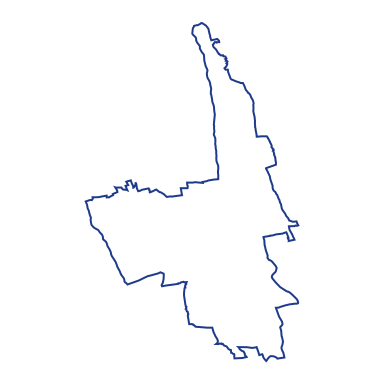 outline of Motoseni, Bacau, Romania
{"feature_id": "2599482B25662052430617", "entity_name": "Motoseni", "entity_type": "district", "adm_level": 2, "iso_a3": "ROU", "parent_name": "Romania", "parent_adm1": "Bacau", "projection": "natural_earth1", "projection_center": [27.425, 46.347], "detail": "fine", "context": "isolated", "style": "outline", "palette": "blue", "viewbox_px": 384, "rotation_deg": 0, "n_neighbors": 0, "source": "geoboundaries", "source_scale": "gbopen_adm2", "svg_char_len": 6003}
<svg xmlns="http://www.w3.org/2000/svg" viewBox="0 0 384 384"><path d="M284.4,357.5L283.4,352.9L281.9,349.8L281.5,348.2L281.6,346.8L282.4,344.8L283.0,341.6L282.0,337.0L281.6,336.2L281.2,330.9L280.2,327.4L280.4,326.8L281.3,326.0L282.2,324.9L282.5,324.1L282.5,323.5L281.9,321.4L279.1,316.7L275.9,307.8L278.7,307.6L280.0,307.0L284.9,305.5L289.4,304.4L294.7,303.7L297.4,303.6L298.0,303.2L298.2,302.6L297.6,300.6L296.8,299.2L292.5,294.9L289.8,292.5L288.2,291.7L287.7,291.7L286.2,291.0L280.3,287.2L275.9,282.7L272.3,278.3L271.8,276.8L272.2,275.4L273.3,274.0L275.2,272.2L275.7,271.5L276.7,268.0L275.6,265.8L271.7,261.2L270.4,260.4L268.9,259.9L267.5,257.9L267.6,255.3L265.8,250.2L264.9,245.9L264.6,245.2L264.3,240.0L263.6,238.2L263.5,237.0L270.0,235.9L270.0,235.7L272.8,235.4L276.0,234.4L282.6,233.6L284.5,232.8L286.3,232.3L287.1,234.1L288.5,237.8L287.8,238.1L288.9,240.5L288.8,241.0L294.5,239.7L292.1,234.4L289.5,229.7L288.9,226.3L294.6,226.1L295.2,225.6L297.0,225.8L298.3,225.4L297.2,223.4L296.5,221.4L293.0,221.8L289.2,220.5L288.9,219.6L288.5,219.1L288.4,218.4L286.4,216.2L285.8,215.2L285.3,213.9L282.4,209.8L281.8,208.5L281.0,204.3L280.0,202.5L279.4,200.0L278.6,198.7L277.2,194.9L276.3,194.1L275.5,192.2L273.7,190.6L273.0,189.3L272.6,187.8L272.6,185.8L270.4,179.5L269.8,176.2L266.9,170.1L266.1,168.9L266.0,168.4L266.1,168.1L266.5,168.0L275.9,164.7L276.0,162.4L275.6,161.0L275.6,160.3L275.4,160.0L275.5,159.7L275.4,158.5L275.1,157.9L275.3,157.3L274.1,155.0L274.3,154.1L274.0,153.7L274.0,153.2L273.3,151.2L273.7,150.3L273.5,150.1L273.1,150.2L273.4,149.4L273.0,149.3L272.9,148.8L272.6,148.7L272.4,148.1L271.5,147.3L271.7,145.7L270.8,143.6L270.1,142.5L270.0,141.6L269.4,141.0L269.2,140.2L268.4,138.8L267.9,138.4L267.9,137.7L266.8,136.3L261.8,136.3L256.7,136.7L256.5,134.3L255.6,129.8L255.5,128.2L255.0,127.0L255.2,126.1L254.9,123.6L255.0,121.0L254.5,116.2L254.2,115.5L253.3,111.2L253.5,108.3L253.3,104.7L253.6,103.6L253.5,102.5L252.9,100.3L251.3,97.6L250.3,95.0L249.1,93.4L248.1,92.9L247.7,92.0L245.8,89.8L244.2,85.5L242.9,83.0L240.4,83.0L239.7,82.5L235.0,81.0L233.3,80.1L231.7,79.6L230.7,78.8L228.2,72.2L227.8,69.7L225.6,69.7L224.5,68.2L226.2,66.6L227.3,64.0L226.4,63.2L227.1,62.4L227.5,61.5L226.6,60.6L225.8,60.7L226.1,59.6L225.3,59.0L226.4,58.4L226.3,58.1L225.3,56.5L223.3,56.2L223.0,55.8L223.0,55.3L220.5,55.3L219.3,53.9L218.8,54.0L215.9,49.3L213.6,47.1L212.9,45.3L212.8,44.9L213.1,44.4L214.0,43.6L214.1,43.0L214.9,42.1L216.3,42.1L216.4,42.5L216.6,42.6L218.9,41.9L219.2,42.0L219.2,41.4L218.9,40.6L217.2,39.0L211.3,40.3L210.1,36.6L210.1,35.6L209.3,33.0L208.4,28.7L206.0,25.6L202.3,23.2L201.3,23.0L201.1,23.4L197.8,25.2L196.7,25.2L194.0,25.9L193.7,27.1L192.9,28.1L192.3,33.2L192.4,33.8L192.7,34.4L195.7,37.4L196.1,38.4L196.2,40.6L196.5,41.2L197.1,42.5L199.8,46.0L199.9,48.7L201.8,52.1L203.8,54.5L204.1,56.7L204.3,60.6L205.2,64.2L205.6,65.9L207.1,69.2L207.5,70.5L206.8,73.7L207.1,76.1L207.6,78.0L209.4,81.1L210.2,83.7L210.1,84.0L211.0,87.8L211.2,89.6L210.9,90.6L210.8,93.4L211.3,95.2L212.2,100.1L212.2,100.9L212.7,103.0L213.4,104.6L214.0,107.0L214.2,110.4L214.8,114.5L213.8,125.1L214.2,126.1L214.0,127.8L214.4,131.6L213.8,134.3L213.9,135.0L214.4,136.0L215.4,138.8L215.3,139.8L215.4,141.4L215.2,144.0L215.6,145.9L215.7,148.3L216.3,151.3L216.2,153.7L216.5,155.5L216.3,157.7L216.5,161.3L218.2,165.7L218.3,168.7L217.9,171.9L218.3,175.6L218.2,179.2L214.4,179.5L208.7,180.4L206.5,181.2L202.5,182.0L202.8,182.9L195.0,182.2L192.9,182.6L187.1,182.6L187.3,185.1L187.8,186.1L187.5,188.2L180.8,188.2L182.0,195.2L171.7,196.6L170.7,196.4L166.7,196.9L164.0,194.3L160.8,192.3L159.5,192.1L156.2,189.5L152.6,191.3L149.9,192.4L149.6,192.0L149.8,191.3L149.7,190.5L149.2,190.0L149.4,189.5L148.6,188.4L141.9,189.8L140.0,190.8L138.2,191.2L136.9,188.3L136.3,184.2L135.9,183.1L135.6,183.1L135.5,184.6L134.3,186.8L133.8,187.5L133.3,187.7L133.0,185.5L132.5,184.9L131.7,183.1L130.8,180.4L127.2,181.4L126.3,181.7L128.2,185.1L125.5,185.9L127.4,190.3L126.1,189.8L123.0,189.5L121.7,188.1L121.4,187.5L115.9,187.6L115.3,187.4L116.9,190.0L117.3,191.2L117.4,192.1L112.8,194.0L113.1,195.1L109.4,197.0L109.2,197.3L106.7,197.4L106.6,195.6L98.2,197.2L92.5,197.3L92.8,198.7L91.9,200.1L90.0,200.0L85.7,201.5L87.1,204.9L87.7,208.5L88.7,210.4L89.7,214.6L90.9,217.7L90.6,220.1L91.3,224.1L91.7,225.1L93.7,227.4L95.5,228.6L98.2,230.0L100.0,232.6L101.9,234.5L102.8,236.4L103.1,239.3L105.8,241.6L106.5,242.6L107.6,246.3L109.5,249.3L110.5,251.5L111.0,253.2L111.0,253.9L111.7,255.8L115.6,261.9L116.7,264.7L117.4,266.9L119.7,271.1L120.7,273.7L121.5,275.2L123.8,278.2L124.3,279.8L124.5,281.5L124.9,282.1L126.4,283.2L127.5,284.5L138.8,280.5L146.1,276.9L146.8,276.7L147.5,276.2L149.8,275.7L158.2,273.4L160.4,272.3L163.5,273.6L163.8,274.0L163.6,278.9L163.1,281.5L162.9,282.5L161.6,285.2L162.1,286.3L165.5,285.6L178.1,283.9L178.3,283.3L179.8,283.3L180.9,282.4L183.6,281.8L184.2,282.3L186.6,282.1L186.3,282.8L186.3,283.8L186.2,284.1L185.7,283.9L185.7,284.4L185.0,286.2L185.4,287.5L184.8,287.6L184.6,288.0L184.1,292.1L184.0,295.2L185.3,304.0L185.8,306.4L186.4,306.7L185.8,308.6L186.3,308.6L186.4,310.0L186.8,311.3L187.7,311.7L187.9,313.1L188.3,314.0L188.3,314.3L188.0,314.3L187.8,315.7L189.2,324.1L192.0,324.1L192.9,324.3L193.6,324.8L193.5,325.1L193.8,325.3L194.3,325.4L195.5,326.7L207.4,327.7L212.3,327.7L213.5,332.0L215.5,336.3L217.2,339.0L217.9,340.9L217.8,342.0L217.0,343.3L216.1,344.0L218.4,344.1L219.9,343.5L220.4,343.7L221.4,343.5L221.6,344.1L222.8,343.9L224.0,345.5L226.1,346.2L226.9,346.8L228.3,348.8L229.7,349.8L230.9,350.0L231.1,352.7L231.8,352.8L233.1,353.9L234.1,354.1L234.4,355.0L234.2,356.6L234.5,358.4L242.4,358.0L246.6,357.0L246.1,356.3L245.5,356.0L244.8,354.7L244.8,353.5L244.0,352.4L243.7,351.5L242.1,351.0L239.7,349.2L239.0,347.7L238.4,347.1L247.0,347.2L252.0,347.9L254.2,347.7L256.6,347.1L258.3,351.8L259.3,355.1L262.2,354.2L262.9,355.5L263.4,357.5L265.1,359.8L266.2,361.0L266.8,360.3L267.6,359.0L269.0,357.3L270.1,356.4L270.8,356.1L273.6,356.3L275.6,357.1L277.2,358.2L277.4,358.6L284.4,357.5Z" fill="none" stroke="#1e3a8a" stroke-width="2"/></svg>